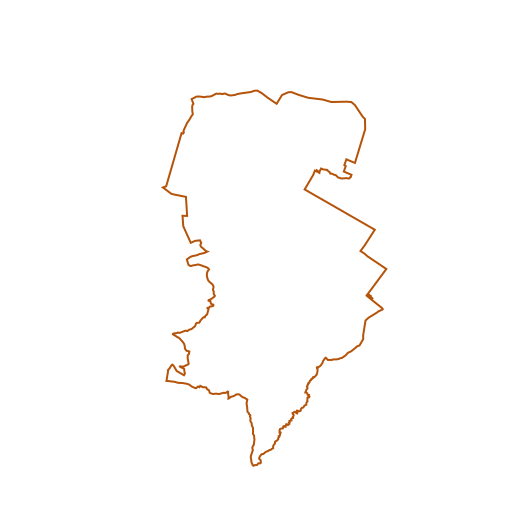 the district of Boldesti-Scaeni, Prahova, Romania, rotated 121°
{"feature_id": "2599482B90080505354120", "entity_name": "Boldesti-Scaeni", "entity_type": "district", "adm_level": 2, "iso_a3": "ROU", "parent_name": "Romania", "parent_adm1": "Prahova", "projection": "mercator", "projection_center": [26.073, 45.027], "detail": "fine", "context": "isolated", "style": "outline", "palette": "amber", "viewbox_px": 512, "rotation_deg": 121, "n_neighbors": 0, "source": "geoboundaries", "source_scale": "gbopen_adm2", "svg_char_len": 6154}
<svg xmlns="http://www.w3.org/2000/svg" viewBox="0 0 512 512"><g transform="rotate(121 256 256)"><path d="M392.2,271.7L393.4,272.2L396.8,272.2L399.2,272.7L399.4,272.3L409.2,268.4L408.9,267.9L405.8,261.1L405.1,258.4L404.6,257.0L402.7,253.5L401.2,249.6L400.6,247.0L401.0,243.7L400.4,239.5L400.0,239.2L397.9,238.6L397.7,238.4L397.6,236.9L397.1,236.8L396.0,236.9L395.9,235.7L395.8,233.7L394.9,232.4L394.6,231.3L394.3,231.0L395.5,229.0L395.2,227.7L395.4,227.0L396.5,225.9L397.1,225.0L397.0,224.0L396.3,221.5L394.7,219.6L393.4,216.6L389.9,213.3L389.3,211.9L389.1,211.6L386.7,210.4L386.7,209.9L388.3,209.2L390.3,207.3L392.4,206.2L391.7,205.7L389.7,205.0L387.8,203.2L386.6,202.4L384.8,201.6L383.4,199.5L383.3,198.6L383.8,196.1L383.9,194.4L383.5,193.3L383.5,189.5L387.2,188.2L390.4,185.5L393.5,183.4L394.1,182.6L394.3,181.5L394.5,181.0L395.2,180.4L395.3,179.0L395.7,178.7L396.8,178.5L398.1,176.8L399.1,176.6L400.0,176.1L400.7,175.3L401.6,173.6L403.6,172.1L404.8,170.1L408.3,167.9L410.0,167.1L410.7,165.6L411.2,164.9L412.7,164.0L413.9,162.9L419.1,160.6L420.0,160.8L422.4,160.4L424.0,158.7L430.1,157.4L432.0,156.3L432.9,155.3L435.0,153.8L436.1,152.2L437.0,151.2L437.1,150.1L436.2,149.7L434.8,147.8L434.3,147.4L432.8,147.3L432.3,147.0L431.7,145.7L431.3,145.4L430.5,145.5L429.5,146.1L429.1,146.7L428.5,147.1L428.3,148.6L427.4,149.3L425.1,149.4L423.0,149.1L421.9,147.7L418.9,146.8L417.0,145.2L415.6,144.7L414.6,143.6L413.4,143.2L411.9,142.3L410.1,143.4L409.1,143.5L407.1,143.2L405.4,144.0L404.4,143.6L403.1,142.8L401.5,142.6L400.7,143.2L398.8,142.9L398.7,143.0L398.9,143.5L398.7,143.8L397.5,143.2L394.6,144.0L394.6,144.4L394.9,144.6L395.1,144.9L394.4,145.1L393.7,145.9L392.0,146.3L390.7,145.3L390.0,144.2L389.3,144.2L388.2,144.8L387.8,144.8L387.6,144.5L387.4,143.1L387.1,142.7L386.4,143.5L385.7,143.1L384.6,143.4L384.2,142.7L384.5,141.6L383.0,140.9L382.4,141.0L381.8,142.0L381.1,141.6L380.3,142.4L378.9,141.3L378.7,140.9L378.4,141.0L378.1,141.7L377.5,141.9L376.5,141.6L375.7,140.8L374.8,141.6L373.5,141.5L373.0,141.7L372.7,142.1L372.4,143.3L371.7,143.8L371.4,143.5L369.7,142.6L369.6,141.4L369.9,140.3L369.7,139.6L369.1,139.8L367.9,141.3L367.4,141.3L367.2,140.8L366.9,138.9L365.7,138.1L365.2,138.1L364.7,138.5L364.2,138.7L362.6,138.5L361.7,137.6L360.8,137.4L359.3,137.4L357.6,136.3L356.1,137.1L354.9,137.2L354.0,137.0L353.6,137.5L350.9,138.9L350.6,138.8L350.1,138.1L349.5,138.1L349.4,137.7L348.9,137.8L348.8,138.0L349.1,138.2L349.1,138.7L347.9,139.0L348.4,140.2L347.3,141.3L347.2,142.6L347.6,143.4L346.8,143.6L345.9,143.6L344.8,143.9L342.9,143.7L342.5,144.2L341.9,144.4L341.5,145.2L341.0,145.1L339.8,145.4L339.3,145.1L338.8,145.5L337.9,145.7L337.5,145.6L337.3,145.1L337.0,145.1L335.0,145.5L334.0,144.9L333.1,145.2L332.3,144.5L331.8,144.7L331.1,144.2L330.6,144.6L330.3,144.6L330.0,143.9L328.7,143.2L327.5,143.2L326.9,142.9L324.7,143.3L321.8,144.6L321.4,144.9L320.5,146.3L319.9,146.3L320.2,145.4L319.5,145.4L317.1,144.3L316.1,144.1L313.4,144.0L311.3,144.4L307.6,144.1L307.2,143.8L308.1,140.9L305.9,137.3L304.9,136.6L303.6,134.4L302.4,132.8L301.5,131.9L300.5,131.4L299.2,129.9L295.1,128.0L291.6,127.3L288.8,125.4L284.3,123.7L281.6,122.9L280.5,122.2L279.5,121.2L272.0,121.3L268.8,123.3L254.9,128.9L250.9,127.7L241.8,123.0L240.5,122.6L237.2,120.3L236.3,120.0L235.7,121.1L234.0,134.1L233.9,134.1L233.0,140.8L232.5,140.8L233.3,134.7L232.3,134.5L231.9,137.2L231.2,137.1L230.9,140.6L200.0,137.6L198.8,160.7L198.5,161.8L198.4,162.8L198.1,164.0L197.9,169.0L190.9,168.3L172.3,167.7L173.9,248.6L157.0,248.7L152.5,249.5L152.4,248.1L151.2,248.2L151.3,247.0L152.1,246.9L152.1,244.5L150.9,245.0L147.5,245.3L147.2,243.0L145.8,239.9L145.9,239.6L145.6,239.4L146.2,237.1L146.2,236.0L147.1,234.7L146.3,233.3L146.2,231.1L145.6,229.3L146.4,226.3L145.6,222.9L145.2,222.1L142.5,218.3L141.7,216.1L140.6,215.8L139.4,215.8L139.3,215.5L137.2,216.0L138.4,224.2L132.7,225.4L132.6,227.1L126.6,228.3L125.3,219.1L91.1,227.7L82.4,233.2L81.7,236.2L75.7,248.9L74.9,253.5L77.1,257.9L85.2,270.7L87.6,279.6L93.5,292.7L95.8,301.9L97.3,310.1L98.9,312.5L104.6,316.6L114.9,316.7L114.3,327.7L113.4,335.2L113.5,335.2L113.5,339.8L115.0,342.3L118.1,344.9L124.4,352.7L126.9,355.5L128.7,356.9L131.4,360.3L132.0,361.7L132.4,363.4L132.6,365.8L133.1,366.9L134.4,368.0L134.7,368.6L135.3,370.4L136.7,372.3L137.3,373.7L141.3,376.1L142.7,377.2L145.1,380.7L146.5,382.1L148.4,386.6L150.0,389.1L154.7,392.0L157.8,388.0L158.9,388.2L160.6,387.8L164.8,385.1L166.6,383.5L167.4,383.1L169.1,383.4L173.8,383.3L177.5,383.6L185.6,382.7L186.5,382.4L187.0,381.6L187.7,381.5L188.7,381.6L189.0,383.1L242.5,368.9L245.2,371.1L246.3,360.6L245.5,357.9L241.4,346.5L257.1,335.7L259.4,339.7L267.9,333.7L278.3,318.7L274.4,316.0L271.4,312.1L273.1,309.6L275.0,309.5L275.8,308.9L276.2,308.2L276.5,307.4L276.6,306.2L277.6,301.3L277.3,300.0L280.0,301.8L283.4,305.4L285.5,306.8L289.3,310.9L291.4,312.2L294.6,313.5L297.7,310.1L298.4,309.2L298.4,307.2L297.8,306.3L296.4,305.1L295.3,303.6L293.2,301.5L292.6,299.8L291.1,292.2L291.2,290.3L291.7,289.4L293.9,289.6L295.5,289.3L297.4,288.5L299.0,287.3L300.9,285.3L301.7,284.0L302.3,281.9L302.7,278.9L303.9,276.8L304.7,276.3L307.0,275.6L308.5,273.7L310.3,272.7L310.7,272.2L311.1,270.9L311.5,270.7L312.2,270.7L316.4,272.5L317.0,272.9L317.8,273.7L318.5,273.9L318.8,273.6L318.5,272.9L317.9,272.2L319.5,270.7L320.1,269.8L320.1,269.2L319.7,267.6L320.0,267.2L320.5,267.0L321.0,267.1L322.0,268.0L323.1,269.5L324.8,269.6L325.0,269.8L325.1,270.6L325.4,270.8L325.7,270.8L325.8,269.7L326.2,269.3L331.3,267.8L333.4,268.6L335.0,268.4L335.2,269.1L336.3,269.7L340.1,270.4L341.8,270.2L342.5,270.4L343.9,272.3L344.7,272.6L347.5,272.1L351.9,273.7L353.6,275.3L355.7,276.2L356.3,278.0L361.3,281.9L361.8,283.5L363.2,284.5L364.4,286.3L365.7,287.1L365.9,286.9L366.0,285.6L365.9,283.5L366.1,281.7L365.8,280.5L366.0,279.0L367.6,273.9L368.5,272.2L370.1,270.5L371.8,269.4L372.5,268.3L373.0,266.4L372.4,265.0L372.2,263.9L374.7,263.0L376.4,263.4L378.8,261.9L383.1,258.2L384.0,258.4L385.9,259.8L387.2,260.5L388.0,261.2L388.9,262.6L389.7,264.3L389.9,264.4L390.0,264.2L390.1,263.7L389.7,259.8L389.8,259.4L392.1,257.7L393.4,256.4L395.3,256.3L395.4,264.8L392.9,269.3L392.4,270.4L392.2,271.7Z" fill="none" stroke="#b45309" stroke-width="2"/></g></svg>